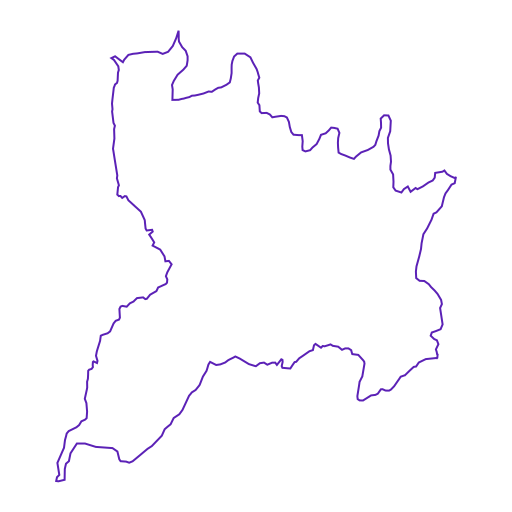 Gueckedou, Guéckédou, Guinea
{"feature_id": "49546643B20526276358370", "entity_name": "Gueckedou", "entity_type": "district", "adm_level": 2, "iso_a3": "GIN", "parent_name": "Guinea", "parent_adm1": "Guéckédou", "projection": "natural_earth1", "projection_center": [-10.315, 8.69], "detail": "fine", "context": "isolated", "style": "outline", "palette": "violet", "viewbox_px": 512, "rotation_deg": 0, "n_neighbors": 0, "source": "geoboundaries", "source_scale": "gbopen_adm2", "svg_char_len": 5707}
<svg xmlns="http://www.w3.org/2000/svg" viewBox="0 0 512 512"><path d="M111.4,58.1L114.0,60.0L118.3,66.3L118.8,70.0L118.0,72.6L117.6,80.8L117.3,81.8L117.0,82.9L115.0,84.5L114.6,85.8L113.8,87.7L112.4,99.7L112.0,103.6L112.5,109.2L112.1,111.5L113.5,122.9L114.9,125.7L114.1,129.1L114.3,135.2L114.4,138.6L113.0,148.8L113.3,150.4L114.3,156.8L117.3,175.5L116.9,178.3L118.9,185.3L118.0,187.3L118.0,187.7L117.3,194.6L118.6,195.8L118.8,196.1L119.5,196.0L120.5,196.0L121.1,196.7L122.2,197.9L124.4,196.4L124.8,196.1L126.4,196.4L128.4,200.3L140.9,211.7L144.7,220.0L144.9,221.4L144.9,222.0L145.6,228.6L146.7,230.5L152.1,229.8L152.7,231.6L149.2,234.6L151.8,238.5L154.2,242.4L152.6,245.6L160.2,249.6L164.5,256.4L165.4,261.3L168.9,260.9L171.6,264.3L167.3,272.3L165.9,276.2L167.3,279.4L167.0,282.7L166.6,283.1L165.8,284.0L158.1,287.5L157.0,289.9L156.4,291.1L150.1,294.7L149.0,296.1L146.8,298.8L145.3,299.1L143.1,297.4L137.0,298.1L134.2,300.8L133.6,301.5L133.4,301.6L133.0,301.8L129.9,303.3L126.7,306.7L124.0,306.2L122.4,305.9L121.3,306.3L120.6,306.6L120.0,307.8L119.4,309.0L119.9,317.7L119.0,319.6L115.7,320.8L113.6,323.4L110.1,331.4L108.9,332.3L107.6,333.3L106.6,333.6L102.8,334.8L100.8,335.7L100.3,339.1L100.1,340.8L97.6,348.8L96.8,351.5L96.0,355.8L97.5,360.9L97.0,363.0L95.3,362.2L93.5,361.4L93.0,361.9L92.9,362.0L92.7,365.0L92.9,367.1L91.6,368.9L89.1,369.7L88.2,370.8L88.1,374.8L87.9,378.8L87.3,381.0L87.1,381.7L87.2,387.5L86.8,389.7L84.8,398.8L86.4,403.1L87.1,411.6L86.7,417.3L86.6,418.2L85.0,419.7L81.4,421.3L79.1,425.1L76.4,427.3L68.7,431.1L66.7,433.5L66.0,436.4L65.0,440.0L64.4,444.7L64.0,447.8L62.1,452.1L57.4,462.9L59.3,474.9L57.0,477.2L56.2,481.0L58.4,481.3L62.1,480.4L64.6,479.8L64.8,469.0L65.6,465.4L66.0,463.7L66.8,463.0L68.9,461.2L70.5,453.3L76.9,443.5L79.5,443.5L82.1,443.5L84.9,443.5L95.8,446.9L112.5,448.1L117.4,451.5L119.3,459.3L119.5,459.6L120.6,461.2L126.1,461.6L129.2,462.7L132.6,461.3L139.0,456.0L147.6,448.8L151.8,446.1L161.8,435.7L164.7,429.2L167.6,426.7L170.6,424.3L172.9,419.6L173.7,418.0L174.3,417.6L179.3,414.3L182.5,409.9L189.1,395.7L190.4,394.2L191.8,392.4L195.6,390.0L199.0,385.8L199.7,384.8L202.9,376.6L206.5,370.9L207.3,368.4L208.4,364.6L208.8,363.9L210.1,361.9L216.2,365.0L220.3,364.4L225.2,362.5L228.2,360.2L229.9,359.3L233.4,357.6L235.3,356.5L237.3,357.4L239.8,358.6L248.9,364.1L255.0,366.0L255.9,366.2L259.9,363.2L264.0,362.6L267.3,364.7L272.1,362.7L273.7,362.7L275.2,362.6L276.9,364.9L280.1,360.9L281.3,359.3L282.4,359.8L282.5,360.6L282.6,361.0L282.6,362.1L281.7,366.1L281.8,366.4L282.4,367.8L287.7,368.3L290.3,368.5L292.4,365.3L294.6,362.1L296.2,361.8L299.2,358.3L302.9,355.8L309.5,351.2L312.3,350.3L312.9,350.1L314.0,345.3L315.5,343.9L321.0,347.7L322.7,346.0L324.6,346.3L328.2,345.2L330.5,344.4L332.3,345.5L332.7,345.8L334.5,346.1L338.2,346.7L342.0,349.8L345.2,348.4L348.4,348.4L350.0,349.4L351.2,350.2L351.7,352.2L352.3,354.1L355.3,354.5L358.3,354.9L360.4,357.2L363.2,360.3L364.2,361.7L364.2,361.9L364.5,363.6L362.4,375.9L362.3,376.5L361.6,377.8L359.5,382.0L359.5,382.5L358.9,386.5L357.4,395.9L357.4,396.0L357.4,396.7L357.7,399.1L359.6,400.4L363.0,400.5L371.1,395.4L375.4,394.9L376.2,394.5L377.8,393.7L380.9,389.3L382.5,389.2L385.4,390.5L386.7,390.6L388.5,390.6L389.1,390.6L390.9,389.6L393.9,386.5L394.1,386.3L397.9,380.8L398.9,379.4L400.7,376.7L404.7,375.3L404.9,375.3L409.6,370.7L413.7,366.9L414.3,366.8L416.1,366.5L416.9,365.3L418.8,362.5L425.8,359.1L436.5,358.0L436.9,358.2L437.3,357.8L437.6,354.5L437.1,354.2L436.7,351.9L435.9,349.4L438.4,344.2L436.9,340.3L434.1,339.0L430.7,335.7L431.8,332.5L435.6,331.2L440.6,329.2L442.6,324.4L441.4,316.5L440.1,308.0L441.9,304.1L441.1,299.9L437.6,294.0L434.6,290.5L431.0,287.0L428.8,284.2L424.3,281.0L419.6,280.8L416.2,278.1L415.9,271.5L416.5,266.3L419.2,256.6L421.0,249.0L421.6,243.2L423.4,234.2L427.1,228.5L431.5,219.7L433.6,213.7L436.4,212.4L441.8,206.3L444.0,197.2L445.5,193.4L448.0,190.0L451.5,184.6L454.7,183.2L455.8,177.6L455.7,177.5L454.4,177.9L453.1,177.3L450.6,176.2L446.9,173.9L444.4,170.5L442.5,171.7L435.2,172.9L434.7,177.7L432.7,180.5L428.5,182.5L422.9,186.4L417.4,189.2L415.6,188.0L410.6,191.8L407.8,186.5L403.9,189.1L401.4,192.5L395.6,190.6L393.3,187.3L393.5,181.6L393.1,174.4L390.4,169.6L390.4,166.0L391.0,161.7L390.6,155.6L388.9,149.3L388.0,143.3L387.9,137.9L390.2,131.3L390.8,120.7L388.4,115.5L384.1,115.3L380.7,118.6L381.0,122.6L381.1,127.7L379.4,131.1L378.6,135.6L376.4,141.3L375.3,144.9L373.5,146.8L367.8,150.0L361.1,152.4L356.0,156.6L353.9,158.9L349.9,157.5L345.2,155.5L341.1,154.0L338.6,152.6L338.1,147.4L337.9,142.7L338.2,138.0L339.4,132.9L337.6,128.7L334.1,127.9L331.2,127.6L329.9,129.1L328.8,130.4L325.7,133.3L321.0,134.8L319.3,139.0L316.6,144.1L312.5,147.5L310.1,150.2L305.4,151.4L302.6,150.1L302.3,146.6L302.7,141.2L301.9,135.1L298.4,135.1L293.5,134.7L291.3,132.0L289.8,127.0L288.9,121.9L286.9,117.5L284.4,116.2L281.1,115.9L275.1,116.8L272.3,117.3L269.9,114.5L266.7,112.9L261.9,113.1L261.6,113.1L259.8,111.4L259.4,105.2L257.7,102.6L258.2,98.0L259.2,93.4L258.9,87.5L258.2,83.4L257.8,80.5L259.3,77.7L258.0,73.3L257.8,72.4L256.6,69.0L253.0,62.7L250.4,57.3L244.7,53.6L237.3,53.6L234.1,56.5L232.4,61.0L231.7,64.6L231.6,67.3L231.6,73.1L230.8,78.4L229.8,82.4L226.4,84.8L221.2,87.4L218.2,87.8L215.2,89.5L211.8,91.8L208.6,91.5L203.5,93.5L198.2,94.8L194.9,95.5L191.9,95.7L189.3,97.1L186.3,97.8L183.7,98.6L181.8,98.9L178.5,99.8L172.4,99.9L172.7,89.4L172.0,85.0L173.8,80.9L177.6,74.7L183.3,69.7L186.7,65.8L187.2,62.9L187.6,60.2L187.6,56.3L185.7,50.8L182.2,47.2L179.0,41.6L178.7,38.9L178.7,35.6L178.6,30.7L176.2,38.2L172.8,46.0L168.1,51.8L162.7,53.9L157.6,51.7L144.8,52.1L137.3,53.4L133.0,53.8L128.4,54.9L124.2,59.7L122.9,62.2L121.7,61.3L119.3,59.5L115.1,56.3L111.4,58.1Z" fill="none" stroke="#5b21b6" stroke-width="2"/></svg>